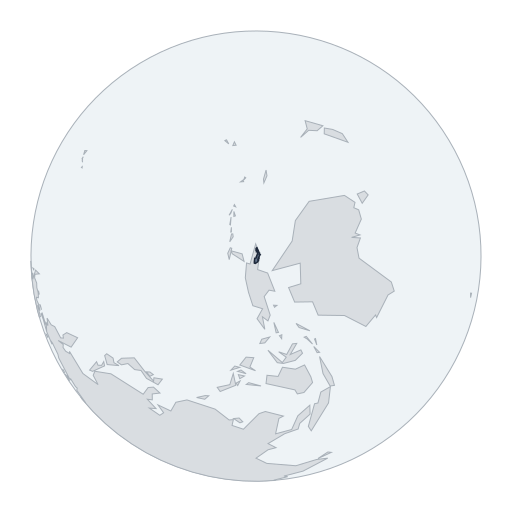 Central on an orthographic globe, rotated 239°
{"feature_id": "PNG-1249", "entity_name": "Central", "entity_type": "Province", "adm_level": 1, "iso_a3": "PNG", "parent_name": "Papua New Guinea", "parent_adm1": "", "projection": "orthographic", "projection_center": [147.941, -9.068], "detail": "fine", "context": "on_globe", "style": "filled", "palette": "slate", "viewbox_px": 512, "rotation_deg": 239, "n_neighbors": 0, "source": "natural_earth", "source_scale": "10m", "svg_char_len": 7853}
<svg xmlns="http://www.w3.org/2000/svg" viewBox="0 0 512 512"><g transform="rotate(239 256 256)"><circle cx="256" cy="256" r="225" fill="#eef3f6" stroke="#a8b0b8"/><path d="M370.9,288.7L370.9,290.4L370.6,290.5L370.9,288.7ZM367.8,60.4L355.3,54.3L356.4,56.0L351.1,52.7L357.4,59.8L352.3,61.1L354.2,57.1L351.3,55.0L345.8,54.1L341.7,51.8L336.7,50.4L332.3,48.0L333.7,46.6L330.9,45.3L327.2,44.9L320.4,42.8L326.3,43.4L315.0,40.0L315.3,38.8L321.9,40.6L337.7,46.1L353.0,52.7L367.8,60.4ZM433.4,165.3L431.6,160.4L434.6,163.6L433.4,165.3ZM429.2,157.4L430.1,159.1L429.1,157.7L429.2,157.4ZM427.6,156.4L428.8,157.2L427.6,156.8L427.6,156.4ZM425.6,155.7L426.6,155.9L426.6,156.0L425.6,155.7ZM422.1,153.1L421.1,152.3L421.9,152.0L422.1,153.1ZM358.1,58.2L360.5,58.6L359.5,59.1L358.1,58.2ZM336.8,50.6L337.4,51.4L334.6,50.4L336.8,50.6ZM325.2,45.9L320.4,44.5L325.5,45.7L325.2,45.9ZM317.8,43.5L306.2,40.6L306.6,41.7L298.9,37.6L311.3,41.0L317.6,42.1L315.6,42.3L317.8,43.5ZM296.6,36.1L294.0,35.5L297.0,35.9L296.6,36.1ZM223.0,33.2L225.4,33.1L217.7,34.4L233.2,33.2L234.8,34.7L237.0,34.0L246.0,33.9L245.6,33.3L247.4,33.0L270.2,34.4L273.8,35.6L286.2,36.7L287.4,36.6L285.4,35.7L298.9,37.6L306.6,41.7L303.5,41.8L310.4,44.9L302.5,45.0L299.1,47.1L286.4,46.4L284.8,48.7L287.7,49.8L287.8,54.3L277.8,61.0L273.1,50.6L285.5,42.9L279.4,45.2L277.0,43.5L272.4,43.8L268.4,46.0L270.3,47.0L244.4,47.1L227.1,54.4L237.6,55.0L240.2,58.5L229.7,71.0L195.6,88.1L198.8,95.8L196.4,100.6L188.0,103.1L191.2,96.0L186.1,93.0L189.2,89.1L176.7,91.7L180.6,86.2L169.0,91.5L169.2,96.1L178.8,95.3L167.0,103.2L171.9,112.0L168.2,122.7L145.8,142.1L129.3,148.5L127.4,152.3L123.1,148.2L114.0,156.0L119.3,177.4L117.9,183.9L104.7,197.0L105.0,192.0L93.5,181.2L88.9,197.2L97.5,209.6L100.4,225.3L92.6,220.9L90.0,207.3L86.0,203.0L88.9,189.1L89.0,169.7L81.4,174.4L83.7,166.5L82.7,151.9L72.7,158.4L55.7,182.1L50.4,203.0L45.8,213.4L47.4,185.5L53.0,166.6L50.5,169.5L54.7,155.8L53.5,157.3L61.4,142.5L70.4,128.3L80.5,114.8L91.5,102.1L103.4,90.3L116.2,79.4L129.8,69.4L144.0,60.5L158.9,52.7L174.3,46.0L190.2,40.5L206.5,36.2L223.0,33.2ZM109.8,418.5L113.7,420.8L113.1,421.6L109.8,418.5ZM148.4,262.3L154.7,263.4L154.6,264.5L148.4,262.3ZM141.7,258.6L148.7,258.9L140.7,260.9L141.7,258.6ZM151.4,259.1L158.5,257.1L161.6,255.5L161.2,257.7L151.4,259.1ZM137.1,258.7L113.5,259.0L104.7,256.6L106.4,252.6L120.7,252.9L137.1,258.7ZM105.7,252.5L92.7,242.5L77.7,213.3L83.0,213.1L99.2,230.1L98.1,233.4L106.0,241.5L105.7,252.5ZM138.7,231.5L137.6,241.5L124.2,240.8L118.4,239.3L114.3,226.8L116.5,220.4L121.2,220.4L141.5,198.9L148.1,204.0L141.4,212.9L147.0,221.4L138.7,231.5ZM50.5,204.8L51.0,216.7L48.9,219.4L50.5,204.8ZM151.2,184.5L142.0,193.4L150.9,181.5L151.2,184.5ZM157.3,173.5L157.1,178.0L154.4,173.6L157.3,173.5ZM125.8,158.1L120.7,159.3L121.3,156.3L128.2,153.1L125.8,158.1ZM165.3,132.2L162.5,140.6L160.5,143.5L159.6,138.3L165.3,132.2ZM325.6,377.4L330.5,380.5L325.0,386.9L316.4,393.0L306.1,393.4L325.6,377.4ZM250.6,383.6L246.5,374.2L257.0,374.7L255.9,382.4L250.6,383.6ZM331.9,372.9L336.6,365.9L334.7,355.3L338.6,365.4L346.7,367.8L333.2,380.4L331.9,372.9ZM201.1,343.2L164.0,358.6L154.7,356.4L154.6,349.1L141.1,327.7L143.9,328.1L139.0,313.9L159.4,301.2L173.3,278.8L187.6,280.9L196.6,265.4L212.2,267.7L209.1,280.1L227.1,290.2L235.1,262.4L250.2,294.7L266.1,308.0L275.5,329.7L262.4,363.0L251.0,368.5L247.0,364.7L242.7,367.8L233.4,365.3L224.6,352.8L220.5,356.0L222.7,347.5L217.7,354.8L211.2,346.9L201.1,343.2ZM314.6,300.4L318.0,302.0L324.5,308.9L319.1,306.7L314.6,300.4ZM362.6,293.0L365.0,296.3L361.2,296.0L362.6,293.0ZM370.6,290.5L366.1,290.4L370.9,288.7L370.6,290.5ZM327.5,284.7L329.5,287.0L328.3,287.5L327.5,284.7ZM326.1,283.7L327.5,280.9L327.8,284.1L326.1,283.7ZM308.6,263.9L310.3,262.6L311.2,264.0L308.6,263.9ZM164.1,263.7L172.5,256.1L177.6,255.6L164.1,263.7ZM305.6,260.0L301.0,259.0L301.3,257.4L305.6,260.0ZM305.5,256.3L304.8,253.9L308.2,259.8L305.5,256.3ZM296.4,249.7L302.2,254.7L295.8,250.1L296.4,249.7ZM293.3,249.7L289.3,247.3L289.5,246.7L293.3,249.7ZM252.2,246.8L266.6,262.0L255.9,260.2L243.5,250.4L235.4,257.2L216.1,254.0L220.0,249.6L217.0,242.1L198.0,237.7L194.2,232.8L200.6,230.2L188.6,225.8L201.7,224.6L207.4,234.5L215.0,227.7L228.8,230.9L242.8,235.6L254.9,244.3L252.2,246.8ZM202.5,245.5L204.8,245.7L202.9,248.5L202.5,245.5ZM281.7,240.8L287.5,246.4L286.9,247.5L284.2,246.3L281.7,240.8ZM257.5,243.0L270.1,236.8L273.2,237.4L265.0,245.2L257.5,243.0ZM266.7,231.2L272.9,233.2L276.3,238.2L275.1,239.2L266.7,231.2ZM175.6,235.0L175.2,237.6L171.9,235.4L175.6,235.0ZM179.8,233.7L189.9,237.1L178.9,235.9L179.8,233.7ZM151.1,223.7L153.7,229.8L162.2,226.1L155.8,231.6L161.9,242.0L160.1,245.9L153.9,234.6L152.4,246.1L148.7,245.8L146.3,235.9L149.8,224.1L153.6,219.3L169.1,217.7L151.1,223.7ZM179.5,226.1L177.0,218.8L179.0,214.2L181.7,218.1L179.5,226.1ZM170.0,201.7L164.0,193.6L157.9,196.5L170.9,186.0L174.4,195.4L170.0,201.7ZM166.0,184.4L160.2,186.9L166.6,180.8L166.0,184.4ZM159.1,184.3L159.2,178.9L163.4,179.8L159.1,184.3ZM168.9,184.7L171.1,175.7L172.6,181.1L168.9,184.7ZM159.2,167.3L167.0,176.0L155.6,172.1L158.3,155.5L163.4,155.1L159.2,167.3ZM207.2,106.9L207.6,103.0L213.1,102.5L211.2,105.3L207.2,106.9ZM231.4,99.2L214.7,101.2L201.5,103.8L204.2,105.8L198.7,112.3L196.1,105.7L207.5,99.1L217.1,98.5L221.1,93.5L229.8,90.8L232.0,84.6L236.7,82.5L237.6,88.1L231.4,99.2ZM232.6,82.1L239.6,72.5L248.6,75.0L249.1,77.7L242.1,80.9L237.7,79.3L232.6,82.1ZM243.9,71.1L239.8,69.6L241.3,56.5L243.9,54.6L247.5,64.9L243.8,64.3L241.8,67.3L243.9,71.1ZM293.3,35.7L293.9,35.5L295.3,36.0L293.3,35.7ZM246.9,32.8L249.6,32.5L251.1,32.8L246.9,32.8ZM257.7,32.1L254.2,31.9L258.8,31.9L257.7,32.1ZM246.1,31.7L253.2,31.7L245.1,32.0L246.1,31.7Z" fill="#d9dde1" stroke="#a8b0b8" stroke-width="1"/><path d="M262.7,261.0L262.4,261.0L262.2,261.1L261.9,261.0L261.7,260.9L261.4,260.9L261.2,260.8L260.8,260.7L260.7,260.6L260.4,260.6L260.2,260.6L260.0,260.8L259.9,260.8L259.9,260.7L259.6,260.6L259.3,260.6L259.2,260.6L259.1,260.4L259.2,260.2L259.1,260.3L259.0,260.2L258.9,260.2L258.8,260.3L258.7,260.3L258.4,260.4L258.2,260.4L257.9,260.4L257.8,260.5L257.5,260.4L257.5,260.2L257.4,260.2L257.2,260.2L256.9,260.1L256.8,259.9L256.8,260.1L256.6,260.2L256.4,260.2L256.2,260.2L256.2,260.3L256.0,260.2L255.9,260.0L255.7,260.0L255.8,259.9L255.7,259.8L255.6,260.0L255.6,259.9L255.4,259.9L255.2,260.1L255.1,259.7L254.9,259.7L254.7,259.6L254.6,259.4L254.4,259.2L254.3,258.9L253.9,258.3L253.8,258.2L253.7,258.1L253.6,257.9L253.5,257.6L253.4,257.5L253.4,257.4L253.2,257.3L253.1,257.2L252.8,257.3L252.7,257.4L252.6,257.5L252.5,257.4L252.4,257.3L252.4,257.2L252.3,256.9L252.2,256.8L251.9,256.8L252.0,256.8L252.0,256.7L251.9,256.6L252.0,256.4L251.9,256.3L251.9,256.2L252.0,256.2L252.3,256.0L252.3,255.9L252.2,255.9L252.2,256.0L251.9,256.2L251.7,256.1L251.4,256.0L251.2,255.9L250.9,255.8L250.7,255.7L250.6,255.4L250.6,255.2L250.8,255.1L250.7,255.0L250.7,254.9L250.5,254.7L250.4,254.6L250.2,254.4L250.1,254.2L250.0,251.8L250.0,251.6L250.3,251.4L250.5,251.1L250.9,250.9L251.2,251.1L251.3,251.3L251.3,251.5L251.5,251.7L251.6,251.8L251.7,251.7L251.8,251.7L252.0,251.8L252.3,251.8L253.5,252.9L253.9,253.1L254.2,253.3L254.3,253.4L254.5,253.6L254.7,253.8L254.7,254.0L254.3,254.8L254.3,255.0L254.4,255.3L254.5,255.4L254.5,255.5L254.8,255.7L254.9,255.9L255.0,255.9L255.0,256.0L255.2,256.3L255.3,256.4L255.5,256.3L255.7,256.7L255.8,256.8L256.0,256.9L256.3,257.4L256.4,257.5L256.3,257.8L256.4,258.0L256.5,258.1L256.8,258.2L256.9,258.3L257.2,258.5L257.4,258.7L257.5,258.7L258.0,258.9L258.2,259.0L258.3,259.1L258.5,259.2L258.7,259.3L258.8,259.3L258.9,259.2L258.9,259.3L259.0,259.4L259.3,259.5L259.5,259.5L259.6,259.4L259.9,259.4L260.0,259.4L260.0,259.2L259.9,259.0L259.9,258.9L260.0,258.8L260.4,258.8L260.6,258.8L260.9,258.9L261.1,259.0L261.3,259.2L261.3,259.3L261.6,259.4L261.7,259.5L261.9,259.6L262.1,259.7L262.2,259.8L262.3,259.9L262.5,260.0L262.7,261.0L262.7,261.0Z" fill="#64748b" stroke="#1e293b" stroke-width="1.5"/></g></svg>